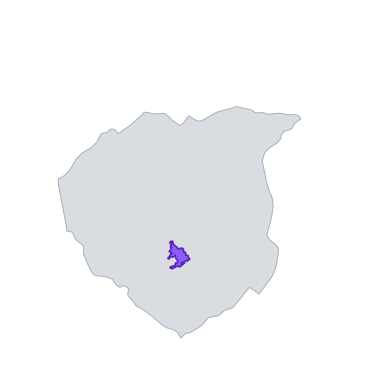 location of Seke, Mashonaland East, Zimbabwe, rotated 127°
{"feature_id": "62879985B71906244719276", "entity_name": "Seke", "entity_type": "district", "adm_level": 2, "iso_a3": "ZWE", "parent_name": "Zimbabwe", "parent_adm1": "Mashonaland East", "projection": "mercator", "projection_center": [31.007, -18.303], "detail": "fine", "context": "in_parent", "style": "filled", "palette": "violet", "viewbox_px": 384, "rotation_deg": 127, "n_neighbors": 0, "source": "geoboundaries", "source_scale": "gbopen_adm2", "svg_char_len": 6294}
<svg xmlns="http://www.w3.org/2000/svg" viewBox="0 0 384 384"><g transform="rotate(127 192 192)"><path d="M261.8,306.9L258.9,304.9L254.9,303.6L249.8,303.0L243.3,303.3L235.2,304.4L226.5,303.0L217.3,299.3L209.6,298.0L200.4,299.6L200.0,299.7L198.4,298.4L195.9,295.7L191.7,295.2L190.6,294.6L189.7,293.6L189.0,292.3L188.8,290.9L189.5,286.4L189.1,285.9L188.0,285.4L185.7,284.8L180.2,282.8L173.3,280.9L162.0,278.7L157.6,278.2L156.6,277.5L155.4,275.9L153.2,270.8L151.2,267.4L146.3,262.2L145.6,260.6L145.8,256.5L146.2,253.2L146.7,250.4L146.4,247.8L146.4,244.5L146.5,242.3L145.9,241.4L144.1,240.7L139.1,240.4L133.1,240.5L132.9,237.2L132.3,232.1L131.2,229.1L129.8,227.6L127.0,226.0L121.4,223.8L113.7,220.5L107.2,215.6L99.7,209.4L97.3,208.4L94.6,202.6L90.4,192.8L90.6,189.6L90.0,188.0L85.9,183.2L85.0,180.7L84.3,178.2L77.8,171.1L75.5,168.1L73.8,164.1L72.2,161.0L70.8,159.7L68.9,157.6L67.6,155.2L67.0,153.3L67.5,150.9L68.1,149.2L74.3,151.0L77.7,151.1L80.4,150.3L83.6,151.4L87.5,154.6L91.8,155.2L96.4,153.2L102.6,153.8L110.5,157.0L117.0,157.6L124.7,154.8L131.6,147.0L138.1,139.7L144.5,131.3L148.4,124.5L154.0,119.0L161.4,114.8L169.0,111.2L180.6,106.8L182.9,103.2L183.7,99.3L183.7,93.8L184.3,90.2L185.5,88.6L187.4,87.4L189.9,85.7L197.5,81.6L203.9,78.9L211.7,77.2L220.2,77.1L228.5,77.1L233.1,77.1L233.2,82.4L233.6,88.3L234.5,88.9L240.7,89.0L250.6,89.4L260.1,89.8L266.2,94.1L268.3,95.0L274.6,96.2L282.7,103.4L292.5,104.0L299.2,106.3L305.1,108.7L308.5,111.7L310.7,112.4L313.6,112.6L315.1,112.9L314.8,115.0L312.8,118.6L313.1,123.8L315.8,131.0L316.1,137.2L315.3,148.3L315.3,159.0L315.6,162.8L316.1,165.4L316.6,166.8L316.5,168.4L314.9,172.9L313.6,177.6L313.6,179.5L313.1,180.8L312.1,182.0L307.8,184.2L307.1,185.6L307.1,188.1L307.7,190.1L309.3,190.9L311.2,192.1L311.9,193.6L311.9,195.2L311.3,198.3L309.6,203.3L311.3,209.1L313.2,212.8L315.9,217.1L317.0,219.8L316.9,221.8L316.5,223.6L312.6,231.6L309.7,236.5L306.2,241.8L301.6,245.1L300.5,246.7L300.0,248.6L300.2,252.5L299.9,256.7L296.0,263.1L298.5,268.7L297.9,269.2L296.6,270.0L290.9,276.2L285.2,282.5L281.0,287.1L276.2,292.4L270.9,298.3L266.3,303.3L261.8,306.9Z" fill="#d9dde1" stroke="#a8b0b8" stroke-width="1"/><path d="M245.0,173.2L245.0,174.2L245.0,175.5L243.0,177.7L243.2,177.8L243.1,178.0L244.3,179.4L244.5,179.4L245.5,179.3L245.9,179.3L245.8,179.0L245.3,179.1L245.2,178.4L244.4,178.5L244.4,177.9L244.5,177.9L244.6,178.0L244.8,177.7L245.0,177.5L245.3,177.4L245.6,177.2L245.8,177.2L246.0,177.2L246.3,177.0L246.5,176.8L246.8,176.9L247.0,176.9L247.1,177.0L247.1,176.9L247.3,176.8L247.3,176.7L247.5,176.6L247.6,176.3L247.9,176.3L248.0,176.2L247.9,176.2L248.0,176.1L248.3,176.0L248.3,175.9L248.4,175.7L248.7,176.2L249.0,176.0L248.5,175.3L248.7,175.1L249.8,175.0L251.0,173.9L251.9,174.5L253.3,174.4L253.2,173.1L253.1,172.1L253.0,171.6L252.8,171.0L253.8,170.8L254.4,171.4L254.3,171.7L254.3,171.8L254.6,171.7L255.5,171.4L256.8,171.4L257.6,171.3L259.0,171.6L259.7,170.9L259.6,170.7L259.6,170.3L259.3,170.0L258.8,170.2L258.3,170.2L258.2,170.0L257.0,170.3L256.6,170.0L256.5,169.6L255.8,169.2L255.7,168.9L255.7,168.7L255.7,168.3L255.6,168.2L255.3,167.9L255.1,167.8L254.9,167.7L254.6,167.6L254.4,167.5L254.2,167.6L253.9,167.5L253.6,167.5L253.5,167.2L253.4,167.1L253.2,167.2L253.0,167.4L252.9,167.4L252.7,167.2L254.7,165.0L254.9,164.0L255.2,163.1L255.6,162.3L255.4,161.8L255.4,161.6L257.5,161.3L257.8,161.6L257.8,161.8L257.9,162.1L258.6,162.4L258.9,162.4L259.1,162.2L259.4,162.1L259.5,162.0L259.6,161.8L259.9,161.7L260.0,161.7L260.3,161.7L260.5,161.5L260.6,161.4L260.8,161.4L261.2,161.6L261.3,161.8L261.5,161.9L261.7,162.0L261.9,162.2L262.1,162.1L262.4,162.5L262.7,162.5L262.8,162.6L263.0,163.0L263.4,163.3L263.7,163.3L263.8,163.2L264.0,163.1L264.4,163.1L264.2,163.4L264.2,164.0L265.3,164.2L265.5,163.8L265.3,163.7L265.3,163.4L265.7,163.4L265.3,162.3L265.3,162.2L265.5,161.9L265.2,161.5L264.8,161.5L264.6,161.3L264.3,161.3L264.2,161.3L264.0,161.2L263.9,161.1L263.7,160.8L263.5,160.6L263.4,160.7L263.2,160.6L262.8,160.5L262.5,160.4L262.4,160.4L262.2,160.1L261.9,159.9L261.7,159.9L261.5,160.0L261.2,159.7L260.9,159.7L260.6,159.5L260.4,159.3L260.2,159.3L260.0,159.2L259.8,159.0L259.8,158.8L259.8,158.6L259.8,158.4L259.9,158.2L259.7,157.9L259.7,157.6L259.5,157.4L259.3,157.3L259.2,157.3L259.2,157.1L258.9,157.1L258.8,156.9L258.7,156.8L258.5,156.7L258.4,156.6L258.4,156.4L258.2,156.5L258.1,156.4L257.8,156.4L257.7,156.3L257.6,156.2L257.4,156.1L257.0,156.1L256.6,155.9L256.5,156.0L256.3,155.9L256.2,155.9L256.2,156.0L255.8,155.7L255.7,155.7L255.2,155.6L254.7,155.6L254.3,155.5L254.5,155.7L254.6,155.8L254.9,156.2L255.6,156.3L256.6,156.9L256.4,157.1L256.1,157.3L255.7,157.4L255.2,157.6L254.9,157.7L254.8,157.8L254.6,157.8L254.4,157.8L254.4,157.7L254.1,157.5L254.1,157.3L253.9,157.3L253.8,157.1L253.7,157.1L253.6,156.9L253.3,156.8L253.3,156.7L253.1,156.6L252.9,156.7L252.7,156.6L252.6,156.4L252.4,156.3L252.4,156.2L252.5,156.2L252.4,156.1L252.2,155.9L252.1,155.7L252.1,155.8L251.9,155.8L251.9,155.7L251.7,155.5L251.4,155.6L251.0,155.4L250.8,155.4L250.8,155.2L250.7,155.2L250.4,155.1L250.1,154.9L249.7,154.8L249.6,155.0L249.5,154.9L249.6,154.7L249.4,154.8L249.3,154.6L249.2,154.6L249.0,154.4L248.7,154.0L248.5,153.9L248.4,154.0L248.1,153.8L248.2,153.7L247.5,153.6L247.6,153.8L247.5,154.3L247.4,154.3L247.3,153.8L247.1,153.5L246.4,154.4L246.5,154.9L246.6,155.6L245.7,156.4L245.2,156.9L245.3,157.3L245.5,157.5L245.6,157.9L245.7,158.1L245.7,158.3L245.8,158.4L245.8,158.6L245.8,158.8L245.9,159.0L246.1,159.1L246.0,159.3L245.9,159.3L245.7,159.4L245.3,159.4L245.1,159.5L244.9,159.7L244.9,159.8L244.9,160.5L244.7,160.7L244.7,160.8L244.6,161.0L244.5,161.4L244.4,161.4L244.5,161.5L244.7,161.9L244.8,161.9L245.0,162.0L244.8,162.2L244.7,162.4L244.6,162.5L244.4,162.8L244.5,162.9L244.3,163.1L244.2,163.2L243.9,163.4L243.8,163.5L243.6,163.6L243.5,163.8L243.3,164.0L242.9,164.2L242.8,164.3L242.8,164.5L242.9,164.9L242.8,165.0L242.7,165.2L242.9,165.2L242.8,165.4L242.9,165.6L242.9,165.9L243.1,166.0L243.2,166.6L243.3,166.6L243.5,166.6L243.5,166.8L243.6,167.0L243.8,167.3L244.0,167.3L244.2,167.6L244.4,167.8L244.5,167.7L244.8,167.8L244.8,168.0L245.0,168.1L245.0,168.4L245.3,168.6L245.5,168.8L245.5,169.0L245.8,169.4L245.8,169.5L245.7,169.5L245.6,169.8L245.4,169.9L245.3,170.1L245.2,170.2L245.1,171.6L245.0,172.6L245.0,173.1L245.0,173.2Z" fill="#8b5cf6" stroke="#5b21b6" stroke-width="1.5"/></g></svg>